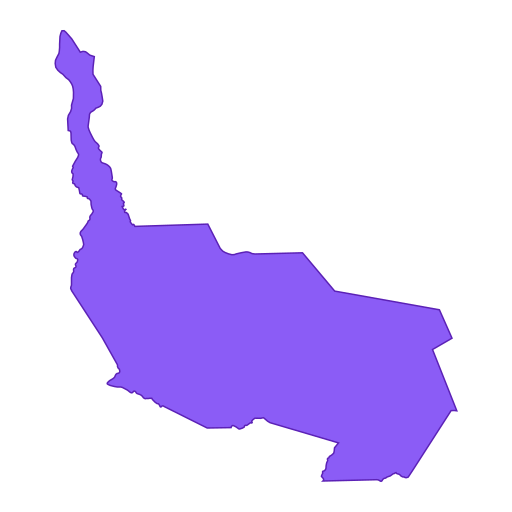 Sensenti, Ocotepeque, Honduras
{"feature_id": "27666195B50269536793474", "entity_name": "Sensenti", "entity_type": "district", "adm_level": 2, "iso_a3": "HND", "parent_name": "Honduras", "parent_adm1": "Ocotepeque", "projection": "albers", "projection_center": [-88.964, 14.531], "detail": "fine", "context": "isolated", "style": "filled", "palette": "violet", "viewbox_px": 512, "rotation_deg": 0, "n_neighbors": 0, "source": "geoboundaries", "source_scale": "gbopen_adm2", "svg_char_len": 5861}
<svg xmlns="http://www.w3.org/2000/svg" viewBox="0 0 512 512"><path d="M302.5,252.8L255.0,254.0L252.0,253.6L250.0,252.6L247.9,252.0L246.0,251.9L241.4,252.7L236.2,253.9L234.3,254.6L231.8,254.7L228.4,253.8L225.1,252.5L222.7,251.1L220.2,248.4L207.8,224.1L134.8,226.4L134.3,225.2L133.7,224.5L133.4,224.4L132.8,224.8L132.4,224.7L131.0,223.0L130.3,222.0L130.2,221.6L130.5,221.0L130.5,220.5L129.7,219.0L128.1,214.1L127.4,213.6L126.6,212.6L125.3,212.5L124.8,212.4L124.6,212.1L124.6,211.5L124.9,210.5L125.3,209.9L125.9,209.4L125.7,209.2L124.6,209.6L123.7,209.6L122.1,206.6L122.1,206.4L122.3,206.3L122.7,206.5L123.1,206.4L123.9,205.8L123.4,203.3L123.6,202.9L124.1,202.7L124.2,202.3L123.8,201.6L121.7,199.7L121.6,199.3L121.8,198.4L121.7,197.8L121.4,197.3L120.8,196.9L120.6,196.5L120.6,196.2L120.8,195.3L121.1,194.6L121.5,194.0L121.5,193.8L120.6,193.1L116.1,190.2L115.7,189.8L115.4,189.3L115.3,188.5L116.0,186.8L116.6,184.7L116.7,183.8L116.6,182.8L116.3,182.2L115.7,181.7L115.3,181.6L114.4,181.7L113.8,181.6L112.5,180.9L112.0,180.4L111.9,179.6L112.3,178.3L112.3,177.5L111.4,171.7L110.9,169.3L110.6,168.3L109.5,166.7L107.9,165.3L106.7,164.5L105.2,163.8L102.2,162.8L101.4,162.2L100.9,161.5L100.5,160.4L100.4,159.3L100.6,158.4L101.2,157.1L101.4,154.3L101.6,153.6L102.0,152.8L102.0,152.3L101.7,151.9L100.0,150.4L98.5,148.6L98.4,147.8L99.0,146.5L99.0,146.0L98.9,145.6L97.6,143.8L95.1,141.6L93.9,139.9L92.5,137.4L90.2,132.8L89.0,130.0L88.2,127.4L88.1,126.2L89.3,117.3L89.5,114.3L89.8,113.6L90.4,112.7L91.1,112.0L93.0,110.9L94.2,110.0L95.2,109.0L95.6,108.3L98.6,107.1L100.3,106.2L101.9,104.3L102.8,101.1L102.2,97.1L101.5,93.1L100.8,90.4L100.7,86.4L93.0,74.3L92.9,70.4L93.1,66.8L94.3,56.6L89.8,55.1L86.9,52.7L85.6,51.8L83.7,51.4L82.7,51.4L80.3,52.2L71.7,38.8L65.9,32.2L64.1,30.7L61.9,30.8L60.8,33.3L60.0,36.5L59.6,44.1L59.6,47.6L59.3,51.2L58.9,53.5L57.0,57.1L55.5,60.3L55.2,63.5L55.8,67.3L57.8,70.2L60.4,72.6L62.8,74.2L65.9,77.6L68.7,79.7L70.2,81.6L71.7,84.0L72.6,86.1L73.2,88.9L73.5,92.2L73.4,98.5L71.5,105.2L71.6,108.3L70.6,111.6L68.4,115.3L67.6,118.9L68.2,130.5L69.9,130.9L70.3,131.2L70.7,131.7L71.0,133.1L71.2,140.2L71.7,142.4L72.2,143.5L73.7,144.6L74.9,146.3L76.1,149.7L77.2,152.0L78.4,153.8L78.6,154.6L78.3,156.0L77.6,157.6L75.3,161.2L72.6,166.2L72.7,166.6L73.1,167.1L73.2,167.5L72.3,169.3L71.8,170.7L71.7,171.4L71.9,172.7L72.1,173.0L72.9,173.6L73.1,174.5L73.0,176.4L72.2,179.8L73.0,180.9L73.0,181.3L72.7,182.4L72.8,183.0L73.0,183.4L73.3,183.6L74.0,183.6L74.5,183.9L74.8,184.4L75.2,185.6L76.2,186.7L77.3,187.3L78.3,187.5L78.7,187.7L79.4,190.6L79.8,193.1L80.0,193.6L80.5,193.9L81.5,193.9L82.1,194.3L82.5,194.9L82.5,195.7L82.8,196.0L85.7,196.4L86.6,196.7L87.2,196.9L87.4,197.3L87.3,198.0L87.6,198.4L88.0,198.6L88.8,198.7L89.3,198.9L90.4,200.2L90.8,200.8L91.0,201.5L91.1,204.5L91.8,207.8L92.2,209.0L93.1,210.3L93.3,210.9L93.2,211.6L92.4,213.0L91.8,214.0L90.5,215.5L90.0,216.4L89.8,217.4L90.0,218.9L89.7,219.8L89.2,220.3L88.2,221.0L87.6,222.7L86.4,224.5L83.1,229.1L80.9,231.4L80.3,232.6L80.2,233.4L80.3,234.3L80.6,235.0L81.4,236.0L81.8,236.8L82.8,240.0L83.4,242.7L83.7,244.6L83.0,246.6L82.5,247.7L81.8,248.6L81.2,249.0L80.4,249.3L80.1,249.5L79.0,251.1L77.9,252.2L77.6,252.4L77.2,252.4L77.0,252.2L76.5,251.6L76.1,251.5L75.7,251.6L75.2,251.9L74.7,252.4L74.0,253.7L73.9,254.5L73.9,255.3L74.1,256.0L74.4,256.6L75.7,258.2L76.3,258.5L77.0,258.7L77.4,258.9L77.7,259.4L77.7,260.0L77.5,261.1L77.1,262.1L76.6,262.7L75.8,263.5L75.4,264.2L75.5,265.0L76.0,266.1L75.9,266.9L75.5,267.5L74.2,268.1L73.7,268.7L73.5,269.8L73.7,271.1L73.6,271.8L73.2,272.6L72.3,273.7L71.9,274.9L71.5,277.6L71.5,284.6L71.4,285.5L70.8,287.2L70.7,288.5L70.9,289.1L71.5,289.9L71.5,290.5L102.3,337.8L117.5,364.9L117.5,366.5L118.1,368.0L119.4,369.3L119.8,371.2L119.6,372.1L119.3,372.7L118.5,373.2L117.0,373.5L116.2,374.1L115.5,375.1L114.7,377.0L114.0,377.8L112.9,378.7L110.0,380.4L108.6,381.5L107.5,382.7L107.2,383.3L107.4,384.0L108.2,384.5L110.1,385.4L114.4,386.5L117.4,387.0L120.7,387.0L122.3,387.4L126.9,389.8L128.1,390.6L129.9,392.1L131.2,392.8L131.9,392.8L132.4,392.6L132.8,392.3L133.3,391.6L133.8,391.2L134.3,391.1L134.9,391.2L135.6,391.8L136.3,392.9L136.8,393.4L138.0,393.9L139.9,394.5L141.0,395.1L142.1,396.0L143.5,397.8L144.3,398.3L144.9,398.6L145.5,398.7L147.0,398.4L147.9,398.6L149.4,398.3L151.8,398.3L152.3,399.3L153.1,400.2L155.2,402.3L157.1,403.6L157.6,403.7L158.3,403.7L158.6,403.9L159.4,405.1L160.1,406.5L160.4,406.9L161.1,406.9L161.8,406.2L162.4,405.9L162.9,405.9L163.4,406.0L164.5,406.7L207.2,428.0L231.1,427.6L231.3,426.8L231.8,426.1L232.3,425.6L233.0,425.5L234.1,425.9L236.2,427.0L238.7,428.8L239.1,429.0L239.7,429.0L242.2,428.2L243.9,427.3L244.3,426.9L244.5,425.9L244.9,425.5L245.4,425.3L246.3,425.4L246.9,425.3L250.4,422.8L250.8,422.8L251.5,423.0L251.9,422.9L252.1,422.6L252.2,422.3L251.7,421.5L251.8,420.9L253.1,419.5L254.9,418.2L260.8,418.3L263.3,417.7L264.0,418.1L267.6,421.2L270.1,422.7L338.5,442.9L334.5,447.8L334.2,451.1L333.9,452.5L333.6,453.3L331.5,455.2L329.6,456.3L329.3,456.6L328.9,457.7L328.5,458.0L327.9,458.2L327.5,458.7L327.4,459.3L327.7,460.1L327.7,460.7L326.8,462.5L326.5,463.6L326.1,465.8L326.0,467.9L325.8,468.9L325.3,469.8L324.4,470.7L323.9,471.0L323.1,471.1L322.7,471.5L322.5,472.0L322.7,472.8L322.7,473.2L321.9,474.9L321.4,476.2L321.6,476.6L323.2,478.4L323.5,479.0L323.6,479.5L323.5,480.1L323.3,480.6L322.9,481.0L376.6,479.7L377.6,479.8L378.5,480.0L379.4,480.5L380.3,481.1L381.1,481.3L381.5,481.1L381.9,480.9L382.8,479.4L383.9,478.5L384.4,478.3L385.6,478.1L387.1,477.0L390.3,475.9L393.0,473.9L393.5,473.7L394.4,473.5L395.3,472.8L396.0,472.6L396.3,473.2L396.5,473.4L397.4,473.8L398.6,474.1L399.3,474.4L400.1,475.0L401.0,476.0L402.5,476.8L403.2,477.0L404.0,476.9L405.0,477.5L406.0,477.7L406.7,477.6L408.2,477.1L412.7,470.3L451.1,410.6L454.2,410.5L456.8,410.8L432.5,349.5L452.0,338.2L439.4,309.8L334.7,291.1L302.5,252.8Z" fill="#8b5cf6" stroke="#5b21b6" stroke-width="1.5"/></svg>